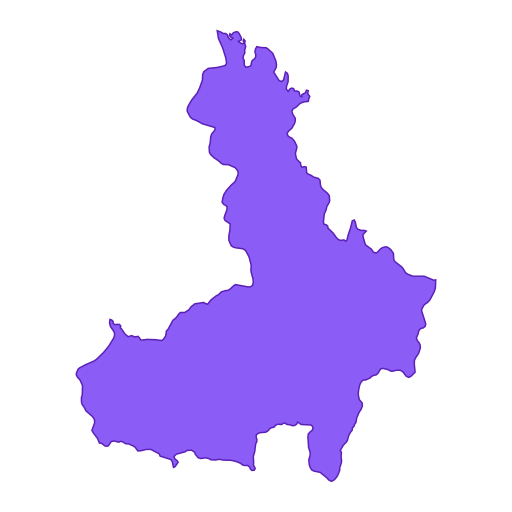 Várzea da Palma, Minas Gerais, Brazil (Mercator projection)
{"feature_id": "56859067B75648530569084", "entity_name": "Várzea da Palma", "entity_type": "district", "adm_level": 2, "iso_a3": "BRA", "parent_name": "Brazil", "parent_adm1": "Minas Gerais", "projection": "mercator", "projection_center": [-44.733, -17.417], "detail": "fine", "context": "isolated", "style": "filled", "palette": "violet", "viewbox_px": 512, "rotation_deg": 0, "n_neighbors": 0, "source": "geoboundaries", "source_scale": "gbopen_adm2", "svg_char_len": 6014}
<svg xmlns="http://www.w3.org/2000/svg" viewBox="0 0 512 512"><path d="M202.9,124.0L214.9,127.5L215.0,129.9L211.6,134.1L210.7,136.9L210.2,142.8L209.1,146.9L209.4,152.2L210.6,154.5L214.0,157.7L218.5,160.8L221.5,163.5L223.5,164.5L228.3,164.7L230.1,165.4L235.2,167.7L237.8,170.9L238.2,174.1L235.5,180.7L234.5,182.2L231.6,184.7L226.6,190.2L223.9,194.5L223.0,197.3L222.1,202.2L223.6,204.3L225.6,205.4L227.0,206.8L227.1,208.6L226.5,210.8L224.5,216.3L224.1,218.4L225.2,220.6L230.2,223.9L229.9,230.1L228.9,235.3L228.8,238.4L229.0,240.7L231.2,245.7L233.1,247.0L235.3,247.7L243.0,248.8L245.0,250.0L246.5,252.0L249.1,257.1L251.2,265.3L250.9,270.1L251.1,271.9L253.2,279.8L253.2,282.8L252.5,285.4L250.5,286.8L248.5,287.0L235.5,284.6L233.8,285.6L229.9,289.2L227.8,290.4L226.0,290.5L221.4,291.8L218.2,295.0L216.5,295.6L211.0,299.9L207.6,304.2L205.4,303.5L203.6,302.5L194.9,303.8L190.9,306.9L189.1,309.6L184.7,312.5L180.3,312.5L178.4,314.4L177.3,316.3L174.6,319.1L173.0,320.1L168.0,329.4L166.4,331.0L165.7,335.9L163.4,339.3L161.7,340.5L155.5,339.7L147.2,339.4L141.1,340.2L138.2,336.4L134.5,336.9L131.7,335.6L128.2,336.7L124.9,333.9L121.6,329.0L120.3,327.9L120.8,326.1L119.4,324.4L114.5,324.5L113.1,323.2L113.1,321.4L111.7,320.0L110.0,319.4L109.6,322.3L109.8,324.3L110.6,326.7L114.4,332.3L114.5,335.7L113.8,337.8L108.9,345.9L103.7,352.3L96.4,359.4L94.0,361.0L85.6,364.7L79.9,367.7L78.3,368.9L76.4,372.9L76.3,374.8L77.4,377.1L80.0,380.0L82.5,385.4L82.3,395.1L81.5,397.0L81.4,400.0L81.5,402.3L82.3,404.8L83.8,406.7L86.2,411.1L92.3,416.4L93.9,418.5L94.6,420.6L94.6,422.9L91.9,430.4L93.2,432.7L97.6,438.5L99.4,443.1L101.4,443.2L104.7,445.8L106.7,446.3L108.4,445.8L111.3,441.5L114.3,441.0L118.6,442.2L120.6,441.3L123.0,442.0L125.6,443.7L128.6,443.9L133.3,446.0L135.1,447.2L137.8,450.9L140.5,450.8L146.6,449.4L150.8,449.4L159.2,453.8L160.1,456.1L170.8,459.5L172.2,461.5L173.5,467.4L175.1,466.6L178.1,462.3L177.2,460.7L175.1,459.2L174.0,456.9L175.0,455.3L176.6,454.1L185.1,451.8L186.9,450.5L191.2,450.1L194.7,452.2L195.3,454.3L198.3,457.8L200.8,458.5L205.5,457.8L208.6,458.5L211.0,459.8L215.9,460.0L218.1,459.4L220.4,459.5L223.3,460.1L230.9,460.3L233.4,460.8L236.7,461.7L240.7,463.4L242.6,465.0L244.9,465.5L247.8,465.5L249.7,467.2L250.4,469.0L251.7,470.4L254.2,470.3L255.2,468.4L253.4,464.8L253.7,462.5L253.3,456.5L254.7,451.8L255.7,443.8L256.8,441.7L256.9,439.3L256.2,437.4L256.3,434.8L258.3,433.3L260.1,432.7L265.7,432.2L268.0,430.8L269.7,428.8L271.3,427.7L273.8,427.3L275.8,425.1L277.8,424.2L281.7,424.5L283.4,423.2L285.2,423.1L286.7,424.4L290.5,424.9L292.4,425.7L294.6,425.5L296.5,424.3L297.6,422.1L301.2,424.5L311.0,425.0L312.7,426.6L313.0,428.4L312.1,430.4L309.9,432.1L308.3,434.0L307.9,436.9L308.6,447.5L310.1,452.2L310.1,455.3L308.8,459.9L309.3,464.9L310.3,467.7L311.6,469.8L313.7,471.0L320.2,472.4L326.7,477.7L328.8,480.0L331.4,481.3L333.4,480.4L335.2,478.9L337.2,476.3L338.5,473.5L339.7,470.4L339.8,467.4L341.3,463.1L341.6,460.7L341.1,457.2L341.4,452.2L340.2,450.6L343.4,445.1L346.6,441.8L347.5,440.1L348.7,435.5L350.6,432.1L352.1,430.4L352.4,428.0L354.0,426.3L354.7,424.1L355.9,422.6L356.8,417.6L359.3,411.9L361.0,409.6L362.4,405.8L362.2,403.0L359.3,399.6L358.3,395.0L358.4,391.6L359.2,387.1L360.0,384.2L361.3,381.8L363.0,380.2L365.8,379.9L370.2,377.9L371.5,376.5L373.4,375.5L376.3,374.8L378.1,373.1L380.6,368.9L383.1,368.4L388.3,369.7L390.0,370.8L392.1,371.3L397.1,370.1L400.6,370.4L402.9,371.9L406.3,376.3L408.8,377.4L411.1,376.2L415.1,372.2L414.3,364.0L414.4,360.6L415.4,358.2L418.6,353.3L420.4,347.9L420.2,345.2L419.1,342.7L417.3,340.6L416.4,337.9L418.1,333.7L418.7,331.2L419.7,329.3L421.4,328.3L423.3,327.9L425.1,326.4L425.7,324.5L425.4,322.7L421.8,311.4L421.6,309.6L423.6,305.6L425.2,304.0L427.4,302.6L429.9,299.9L434.0,292.2L435.4,288.1L435.7,279.9L433.7,280.2L424.1,276.2L412.9,276.2L407.7,274.2L405.5,272.6L403.2,268.7L401.7,266.9L394.8,261.5L393.8,259.5L393.4,253.3L390.7,249.5L387.8,247.3L385.7,246.8L382.8,247.5L380.7,248.7L377.2,252.5L375.0,252.9L373.0,251.7L371.3,249.1L365.5,244.8L364.6,242.3L363.0,236.3L363.1,234.3L366.3,231.1L364.0,230.3L361.5,230.5L357.8,229.2L356.4,227.4L355.3,222.1L354.3,220.0L352.3,220.8L350.7,227.4L348.0,235.5L347.0,239.9L345.8,241.3L344.0,239.9L340.5,240.4L338.3,239.5L336.3,237.5L333.2,233.1L328.0,228.1L327.7,226.1L326.3,224.8L324.1,224.3L323.4,222.1L324.3,214.0L326.1,209.9L326.8,206.7L329.2,202.4L329.7,200.4L329.2,195.4L327.0,192.8L323.0,189.5L321.3,187.5L320.5,185.2L320.0,180.2L318.2,178.3L313.9,177.2L310.7,175.1L308.3,174.2L306.7,172.9L306.2,167.1L304.2,166.6L302.2,167.3L300.9,165.8L300.5,162.9L296.7,159.2L296.0,156.7L295.4,153.3L296.9,147.7L296.6,145.6L294.5,141.2L291.9,138.2L289.9,137.3L287.9,135.8L287.1,133.4L288.7,131.0L291.8,128.3L294.5,123.6L295.3,121.0L295.3,118.4L292.8,114.3L291.8,111.0L293.1,109.0L296.5,106.9L299.3,104.1L301.8,102.6L303.9,101.9L308.3,101.4L308.8,98.7L309.8,96.3L308.3,94.6L307.8,93.0L308.2,90.6L306.4,90.2L305.5,92.7L301.9,94.6L301.8,96.7L300.0,96.0L299.1,92.1L297.2,91.0L294.6,91.0L293.6,88.6L291.6,88.1L290.0,88.9L288.1,91.3L286.2,88.9L286.6,86.1L288.1,81.7L288.2,76.1L287.4,73.3L285.5,72.0L283.6,79.9L281.4,81.6L278.9,80.3L273.7,72.1L276.2,67.5L276.5,64.6L275.8,60.8L272.8,53.4L267.8,48.8L266.1,47.7L260.6,47.5L256.9,46.6L255.5,48.9L254.9,51.9L255.7,54.3L255.8,56.3L254.8,58.7L252.7,60.1L251.7,61.6L250.8,65.9L248.6,66.7L245.8,67.2L244.3,65.1L244.2,60.3L243.0,58.2L243.5,55.4L244.8,53.1L244.7,49.9L245.7,46.6L244.7,43.5L242.3,43.7L240.6,43.1L238.4,41.4L241.5,39.8L241.2,37.6L239.2,33.6L237.8,31.9L235.6,31.8L233.2,32.9L231.6,35.0L229.9,33.8L229.4,35.6L230.6,37.0L232.9,38.1L231.0,39.9L229.2,38.6L227.8,36.5L227.2,34.6L225.7,33.5L223.2,33.5L221.0,32.1L217.2,30.7L218.5,38.6L222.7,48.0L225.8,58.0L226.6,63.3L225.2,65.4L222.8,66.2L216.9,67.5L208.2,68.4L203.8,71.7L202.7,74.4L202.4,80.1L199.6,88.0L197.1,93.2L192.2,99.3L190.1,102.6L187.6,107.3L187.2,109.5L187.3,111.5L190.0,116.6L191.1,117.9L192.5,119.0L196.1,120.4L202.9,124.0ZM244.7,43.5L245.1,40.9L243.8,39.3L243.2,41.2L244.7,43.5Z" fill="#8b5cf6" stroke="#5b21b6" stroke-width="1.5"/></svg>